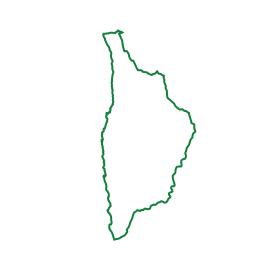 the district of Somondoco, Boyacá, Colombia, rotated 154°
{"feature_id": "7082276B21743509672590", "entity_name": "Somondoco", "entity_type": "district", "adm_level": 2, "iso_a3": "COL", "parent_name": "Colombia", "parent_adm1": "Boyacá", "projection": "equal_earth", "projection_center": [-73.436, 4.962], "detail": "fine", "context": "isolated", "style": "outline", "palette": "green", "viewbox_px": 256, "rotation_deg": 154, "n_neighbors": 0, "source": "geoboundaries", "source_scale": "gbopen_adm2", "svg_char_len": 5778}
<svg xmlns="http://www.w3.org/2000/svg" viewBox="0 0 256 256"><g transform="rotate(154 128 128)"><path d="M174.2,34.9L173.6,37.1L173.1,37.4L170.9,38.6L169.0,40.3L166.9,42.6L165.4,43.6L164.1,44.7L161.1,48.0L160.1,48.9L159.3,49.3L157.4,49.5L155.7,50.0L155.3,49.8L154.0,48.4L153.4,48.1L152.2,48.5L151.8,48.4L150.4,47.6L150.1,47.6L149.2,48.0L148.6,48.2L148.1,48.1L145.4,46.1L144.6,45.9L143.6,46.0L143.1,46.3L142.1,47.5L141.3,48.0L139.5,47.8L138.6,48.0L137.6,47.1L137.1,46.9L135.5,47.3L133.7,47.8L131.5,47.4L130.4,47.6L129.9,47.5L129.5,47.1L128.9,46.4L128.3,45.4L127.6,44.7L126.9,44.5L126.1,44.5L125.3,44.8L124.0,45.6L122.8,46.6L122.1,46.9L120.6,47.1L120.2,47.4L120.0,47.9L120.0,48.8L120.3,49.4L120.3,50.0L120.1,50.7L119.8,51.2L119.2,51.5L117.5,51.5L116.4,51.3L115.9,51.5L115.6,52.0L115.5,52.5L115.5,53.2L115.7,54.5L115.6,55.2L115.1,55.9L114.6,56.2L114.1,56.3L113.6,56.2L112.4,55.6L112.0,55.6L111.5,55.8L111.2,56.3L110.8,57.0L110.4,59.4L110.2,61.1L109.6,63.6L109.2,64.6L108.7,65.4L107.5,66.1L105.5,66.8L104.8,67.4L104.1,68.7L103.5,69.6L102.5,70.7L101.8,71.3L101.1,71.6L100.4,71.5L99.0,71.1L97.4,70.2L96.8,70.3L96.2,71.0L95.8,71.9L95.1,74.2L94.7,74.8L94.3,75.2L93.2,75.8L91.7,75.7L90.8,75.4L90.3,75.5L89.3,75.9L88.9,76.3L88.4,77.0L88.0,78.0L87.5,80.4L87.0,81.0L86.3,81.4L84.0,84.2L83.3,84.7L80.7,86.0L80.2,86.4L78.2,88.7L77.4,89.6L76.5,90.2L74.1,91.4L73.6,92.6L71.7,94.5L71.0,94.8L69.9,94.9L69.4,95.1L68.9,95.7L68.7,96.9L68.6,98.2L68.4,99.1L67.5,100.7L67.0,101.8L67.0,102.2L67.3,102.9L68.3,103.9L68.6,104.4L68.8,104.9L68.1,106.7L68.1,107.7L67.7,109.7L67.4,111.9L66.9,114.1L66.6,114.6L67.5,116.1L68.3,117.7L68.5,118.0L68.9,118.1L69.7,118.6L70.4,119.8L70.7,120.6L71.0,121.1L71.7,121.4L72.9,121.6L73.3,121.8L74.1,122.9L74.2,123.7L75.0,124.8L75.8,127.1L75.9,128.6L75.8,129.9L76.4,131.0L77.6,134.1L78.2,135.3L78.3,135.8L79.0,137.0L79.2,137.9L79.1,138.7L78.7,139.4L78.4,140.9L77.7,142.2L76.9,144.2L76.7,145.0L76.8,147.0L76.6,147.6L76.3,148.1L75.9,148.5L75.7,148.8L75.4,152.4L75.1,154.1L74.4,154.9L74.1,155.8L74.0,157.2L73.7,158.2L73.4,158.6L72.8,159.0L73.0,159.4L74.2,160.7L74.6,161.8L74.9,162.3L76.0,162.9L76.5,163.4L76.7,164.1L77.0,166.2L77.3,166.2L78.3,165.5L79.9,165.1L82.3,165.5L83.2,165.2L83.6,165.4L85.9,168.0L86.3,169.2L86.6,169.6L90.2,172.2L90.5,173.9L93.7,175.6L93.9,177.4L93.7,186.1L94.8,186.7L95.2,187.1L95.6,188.3L95.7,190.1L95.7,191.2L95.0,194.0L95.0,195.5L95.1,196.0L95.5,197.8L97.3,198.4L97.6,198.6L97.6,198.8L96.9,202.8L96.2,205.3L95.2,208.3L94.9,209.2L94.7,216.8L94.0,216.7L92.7,216.3L91.2,216.3L91.9,217.4L92.5,217.8L93.4,218.7L94.0,219.9L94.5,220.0L95.4,219.3L96.5,219.5L97.8,219.0L99.0,219.6L99.4,219.9L101.0,220.9L102.2,221.4L102.6,221.5L103.9,221.5L104.8,222.0L107.4,222.8L108.7,223.4L109.0,223.0L109.5,222.3L109.8,221.0L109.8,220.1L109.5,218.8L110.1,216.4L110.0,215.4L110.2,212.1L109.8,210.2L109.7,208.4L109.8,207.8L110.1,207.2L110.1,206.6L110.3,206.1L110.3,205.5L110.0,203.5L110.3,202.3L111.4,200.8L112.0,199.7L112.5,196.9L112.4,195.5L112.4,195.1L112.9,194.4L114.5,193.1L114.6,192.8L114.8,191.1L115.3,189.7L116.2,188.0L116.4,187.2L116.6,185.5L116.5,184.8L117.9,183.2L118.4,182.9L118.6,182.6L119.0,181.7L119.5,181.2L121.0,178.8L121.3,178.5L121.8,176.9L122.5,176.4L123.0,175.5L123.5,173.7L124.3,172.7L124.3,171.8L124.5,171.6L124.6,170.8L125.1,170.3L125.2,169.9L125.0,169.1L125.1,168.7L125.8,168.1L125.9,167.7L126.6,166.7L126.9,165.6L127.3,163.8L127.9,163.1L128.3,162.1L128.4,161.3L128.6,160.9L129.3,160.1L129.4,159.7L129.4,159.1L129.6,158.9L129.8,157.8L130.2,157.3L130.6,157.1L130.8,156.8L131.1,156.6L131.4,155.6L132.3,155.4L133.0,154.8L133.4,154.6L133.8,154.2L134.6,154.0L135.1,153.4L135.6,153.2L135.7,152.9L135.8,152.6L135.6,152.2L136.5,151.2L137.2,150.0L137.6,149.9L137.7,150.0L138.4,150.5L138.9,150.1L139.2,150.1L139.5,149.9L140.0,150.2L140.3,150.7L140.6,150.8L141.0,150.6L141.1,150.4L141.1,150.0L140.9,149.3L141.3,149.2L141.6,148.7L142.1,148.6L142.5,148.2L142.8,147.4L142.9,146.8L142.8,146.4L142.5,145.8L142.6,145.1L142.9,144.6L143.7,143.7L144.0,142.8L145.4,141.9L146.0,141.1L147.5,139.7L148.5,138.1L149.1,137.8L149.7,138.1L150.1,138.0L150.5,137.3L150.7,136.6L151.1,135.9L152.2,135.7L152.4,135.7L152.5,135.4L152.9,135.1L153.5,135.0L153.7,133.9L154.1,133.6L154.7,133.0L155.2,130.5L155.6,129.6L155.5,128.8L155.6,128.7L156.2,128.7L156.6,128.0L157.1,128.5L157.3,128.2L157.3,127.7L157.7,127.4L157.7,126.9L157.5,126.5L157.6,126.3L157.8,126.3L158.7,124.4L158.8,122.6L158.9,122.3L159.5,121.7L159.5,121.1L159.5,120.8L159.9,119.8L160.2,118.1L160.4,117.7L160.9,117.5L161.0,117.4L161.1,117.1L161.1,116.4L161.6,115.1L162.5,114.6L163.6,113.8L163.7,113.3L163.7,112.5L163.6,111.7L163.8,110.9L163.7,110.5L163.7,110.3L163.9,108.9L164.1,108.7L164.6,108.5L164.7,108.1L164.6,107.0L165.1,106.5L165.3,105.5L165.6,104.9L167.7,103.3L167.7,102.8L167.2,101.6L167.1,101.1L167.2,100.9L167.8,100.3L167.8,98.8L168.4,97.1L168.5,95.7L168.8,95.2L169.7,94.5L169.9,94.5L170.1,95.4L170.4,95.8L170.7,95.8L170.9,95.6L171.3,95.1L171.8,91.5L172.3,90.4L172.2,88.9L172.5,86.7L173.2,84.4L173.9,83.6L174.5,82.7L174.6,81.3L174.2,80.2L174.2,79.3L174.0,78.6L174.1,77.7L175.1,75.0L175.3,74.8L176.2,74.4L176.3,74.2L176.5,73.8L176.8,73.5L176.9,72.6L177.3,72.0L177.3,71.7L177.1,70.7L177.3,70.0L177.2,69.1L176.9,68.3L176.9,67.8L177.6,66.7L177.7,65.6L177.9,65.5L178.5,65.4L179.4,64.7L179.7,64.7L180.2,64.5L181.5,63.2L182.3,63.2L182.5,63.1L182.4,62.1L182.8,61.5L182.8,61.2L182.4,60.8L182.5,60.1L182.0,59.5L182.1,58.2L182.0,57.2L182.0,56.2L182.9,53.8L183.7,52.0L183.9,50.8L184.5,49.8L185.1,49.1L185.5,48.9L185.8,48.8L186.4,49.2L186.8,49.3L187.4,48.9L187.9,47.8L188.4,46.9L188.8,46.0L188.8,45.6L188.6,44.9L188.8,43.7L188.4,42.6L188.3,41.3L188.3,40.3L188.6,37.7L189.2,34.8L189.4,33.8L185.4,32.8L183.9,32.6L181.3,33.0L179.6,32.9L178.2,33.0L176.9,33.5L174.2,34.9Z" fill="none" stroke="#15803d" stroke-width="2"/></g></svg>